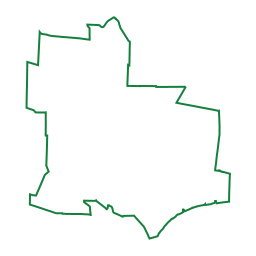 Baraganu, Constanta, Romania (Albers equal-area conic projection), rotated 89°
{"feature_id": "2599482B12135283743765", "entity_name": "Baraganu", "entity_type": "district", "adm_level": 2, "iso_a3": "ROU", "parent_name": "Romania", "parent_adm1": "Constanta", "projection": "albers", "projection_center": [28.409, 44.093], "detail": "fine", "context": "isolated", "style": "outline", "palette": "green", "viewbox_px": 256, "rotation_deg": 89, "n_neighbors": 0, "source": "geoboundaries", "source_scale": "gbopen_adm2", "svg_char_len": 5189}
<svg xmlns="http://www.w3.org/2000/svg" viewBox="0 0 256 256"><g transform="rotate(89 128 128)"><path d="M30.5,214.6L36.6,215.0L45.4,215.6L63.0,216.8L63.6,216.8L60.2,227.5L60.5,227.5L62.1,227.6L79.0,228.1L96.7,228.8L106.0,229.1L107.4,225.4L108.5,222.1L109.0,221.6L110.2,220.7L110.8,220.2L110.8,219.9L110.8,219.1L110.9,218.4L110.9,217.8L110.9,217.3L110.9,216.5L110.9,215.6L111.0,214.8L111.0,213.7L111.0,213.0L111.0,212.1L111.1,211.5L111.1,211.0L110.9,210.0L111.7,210.0L112.6,210.0L113.7,210.0L115.1,210.0L116.4,210.1L117.4,210.1L119.0,210.1L119.7,210.1L120.5,210.1L121.5,210.1L122.4,210.1L123.4,210.2L124.4,210.2L125.2,210.2L126.6,210.2L127.6,210.3L128.4,210.3L129.7,210.3L130.6,210.3L131.3,210.4L132.3,210.4L133.1,210.4L133.9,210.4L134.1,210.4L134.1,208.9L144.1,209.3L154.1,209.8L163.7,210.3L163.8,210.4L164.1,210.4L164.6,210.1L165.1,210.0L167.0,209.3L168.7,208.7L169.8,208.3L170.3,208.1L171.7,210.0L173.2,211.7L173.4,211.8L174.3,212.4L175.8,213.0L182.8,216.1L193.4,220.9L193.9,221.1L193.8,222.4L193.6,223.4L193.5,224.3L193.2,225.3L192.6,227.1L202.8,227.5L204.4,222.8L205.5,219.7L206.6,216.4L208.1,212.4L209.5,208.3L210.5,205.4L212.0,201.3L212.0,199.8L212.1,197.2L212.1,195.2L212.4,195.1L212.6,195.0L212.7,192.2L212.8,191.7L212.9,188.2L213.0,185.4L213.1,178.7L213.1,177.8L213.3,174.7L213.4,173.8L213.5,172.5L213.6,170.1L213.7,169.5L213.8,168.2L213.9,167.8L214.3,167.1L214.3,166.8L213.6,166.9L208.0,167.4L205.8,167.6L205.5,167.8L205.4,167.9L203.8,170.0L202.2,172.1L201.5,173.1L201.3,173.2L199.9,173.2L200.1,168.2L200.2,164.8L200.3,162.6L200.3,162.3L200.1,161.9L200.0,161.7L199.9,161.5L200.0,161.5L200.1,161.2L200.6,160.6L200.8,160.4L201.0,160.2L202.1,158.8L202.3,158.5L203.3,157.3L204.2,156.1L204.9,155.2L205.9,154.0L206.4,153.4L207.0,152.7L207.2,152.4L208.0,151.5L208.2,151.3L208.5,151.1L208.8,150.6L207.8,149.8L207.5,149.6L207.0,149.6L205.0,149.3L205.0,149.1L205.0,148.2L205.7,147.4L206.0,146.6L206.2,146.2L206.3,146.0L206.6,145.8L207.0,145.5L207.5,145.2L207.9,145.1L209.3,144.8L210.4,144.5L211.0,144.4L212.2,144.0L212.5,143.6L214.9,138.3L216.6,134.8L216.3,134.6L215.8,134.2L215.8,130.6L215.8,123.9L215.7,123.6L220.0,119.9L225.3,115.3L226.5,114.2L227.2,113.8L228.0,113.3L235.8,109.7L236.3,109.6L236.7,109.4L236.9,109.4L238.9,108.4L238.1,105.3L236.8,100.7L236.7,100.3L236.2,99.9L235.2,99.5L234.5,99.3L233.6,98.8L233.3,98.3L232.3,97.7L230.2,95.7L229.6,95.1L229.1,94.6L228.9,94.4L228.4,94.1L227.8,93.9L227.4,93.7L226.7,93.0L226.6,92.9L225.9,92.3L225.7,92.0L225.1,91.3L224.8,91.2L224.4,90.9L223.6,90.1L223.0,89.5L221.9,88.3L221.4,87.6L220.9,87.1L220.2,86.6L220.1,86.4L219.9,86.1L219.6,85.9L219.3,85.2L219.5,85.1L219.4,84.7L218.9,84.1L218.4,83.4L217.8,82.5L217.2,81.7L216.7,81.4L215.6,80.3L215.3,80.0L215.3,79.9L215.2,78.9L215.3,78.9L215.3,78.7L215.2,78.6L214.7,77.6L214.1,76.3L213.0,74.2L212.8,74.2L212.6,74.3L210.8,74.7L210.6,74.6L210.4,74.3L210.4,74.2L210.4,73.9L212.2,72.5L212.2,72.4L211.9,71.8L211.4,70.8L211.1,70.0L210.6,68.7L209.9,67.2L209.2,65.4L208.9,65.2L209.1,65.0L208.6,63.6L208.1,62.2L207.7,60.9L207.8,60.8L207.4,59.4L207.1,58.1L206.8,56.7L206.5,54.4L206.2,53.4L206.1,52.9L205.9,52.6L205.7,52.5L205.6,52.4L205.8,52.4L206.1,52.6L206.3,52.9L206.4,53.2L206.4,52.9L206.3,52.4L206.1,50.7L206.0,49.3L205.9,49.3L205.8,48.6L205.8,48.4L205.7,46.7L204.8,44.6L204.5,42.9L204.1,42.1L203.8,42.0L202.6,42.2L202.5,41.4L203.7,41.2L204.9,40.4L204.6,38.9L204.3,36.5L204.3,36.4L204.2,35.7L203.9,33.6L203.9,32.9L203.8,32.5L203.8,32.2L203.5,29.4L203.4,28.5L203.4,28.2L203.1,28.2L202.9,28.2L202.9,28.3L202.2,28.3L202.1,28.2L198.8,28.1L198.7,28.1L197.4,28.1L196.5,28.0L195.4,28.0L195.0,28.0L194.6,27.9L193.7,27.9L184.3,27.4L183.2,27.4L175.5,26.9L173.7,33.1L173.8,33.1L173.5,34.6L173.4,34.6L172.7,37.0L172.5,36.9L172.2,36.8L171.9,38.0L172.2,38.8L172.2,39.9L171.9,41.6L171.1,41.6L163.9,40.5L158.9,39.9L156.8,39.6L152.4,38.9L140.9,37.3L138.0,36.9L136.3,36.6L135.7,36.6L130.0,36.5L128.5,36.4L114.8,36.7L112.4,36.8L112.5,37.0L111.0,43.4L110.9,44.1L109.5,50.9L108.3,56.7L106.8,63.8L104.7,74.2L103.6,79.1L96.8,75.0L92.2,72.2L87.7,69.5L87.8,69.6L87.6,87.6L87.4,99.1L87.2,99.2L87.1,99.4L86.6,99.3L86.6,100.3L86.5,103.7L86.2,114.1L86.2,115.1L86.3,115.1L86.4,115.3L86.3,115.9L85.9,127.9L85.7,127.9L83.3,127.8L76.5,127.4L70.7,127.1L65.0,126.8L65.2,126.5L65.5,126.1L65.6,125.6L65.1,125.6L62.3,125.4L59.1,125.3L51.4,125.0L50.0,125.0L44.2,124.7L41.7,124.7L41.5,124.9L41.3,125.3L40.8,126.0L40.5,126.2L39.6,126.7L37.4,128.0L35.3,129.3L31.7,131.5L29.1,133.0L28.9,133.2L28.7,133.4L28.4,133.6L27.9,133.8L27.4,133.9L24.3,134.9L22.7,135.2L21.9,135.5L21.2,135.8L20.8,136.1L19.3,137.6L18.4,138.3L18.6,138.6L18.2,138.9L17.8,139.1L17.4,139.5L17.1,140.3L17.2,140.6L19.3,143.9L20.8,146.4L21.3,146.9L22.5,147.8L26.1,150.4L26.4,150.7L26.6,151.2L26.7,151.6L26.6,152.4L26.6,152.6L26.3,153.1L25.9,153.6L25.2,154.3L25.0,154.5L24.8,154.7L24.7,155.0L24.6,155.3L24.6,155.9L24.5,156.8L23.9,166.8L25.0,166.7L25.3,166.6L25.8,166.3L26.5,165.6L27.3,164.9L27.6,164.7L28.2,164.7L39.0,164.8L38.8,166.6L38.2,170.5L37.6,174.2L36.6,183.7L35.8,192.1L35.4,195.3L34.7,202.3L34.5,203.3L34.1,205.1L33.8,206.1L33.3,207.4L33.1,208.3L32.7,211.0L32.4,212.5L32.3,212.9L31.8,213.4L31.2,214.1L30.5,214.6Z" fill="none" stroke="#15803d" stroke-width="2"/></g></svg>